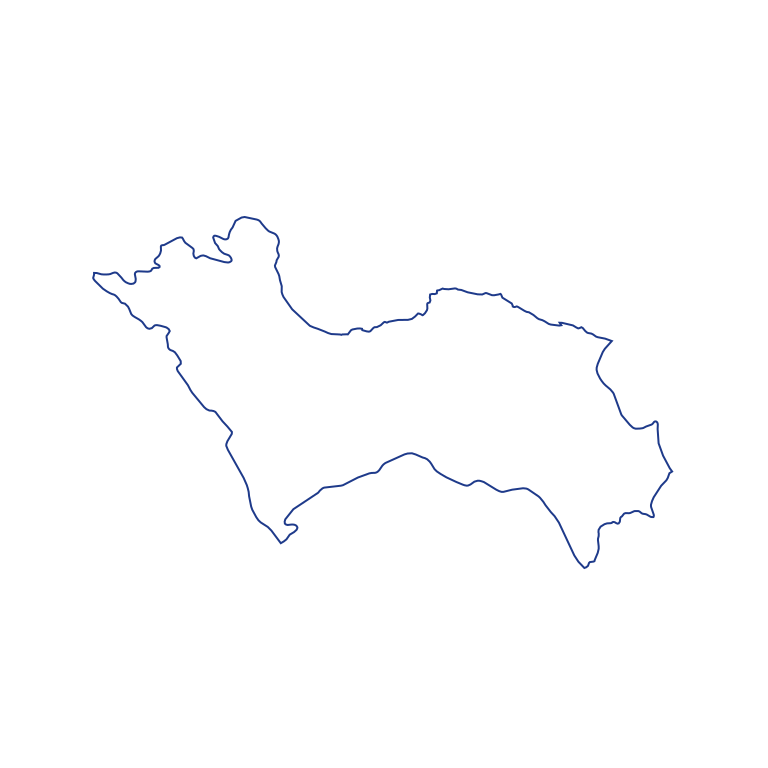 an SVG outline of Cusco, rotated 133°
{"feature_id": "PER-571", "entity_name": "Cusco", "entity_type": "Department", "adm_level": 1, "iso_a3": "PER", "parent_name": "Peru", "parent_adm1": "", "projection": "equal_earth", "projection_center": [-72.174, -13.267], "detail": "fine", "context": "isolated", "style": "outline", "palette": "blue", "viewbox_px": 768, "rotation_deg": 133, "n_neighbors": 0, "source": "natural_earth", "source_scale": "10m", "svg_char_len": 6161}
<svg xmlns="http://www.w3.org/2000/svg" viewBox="0 0 768 768"><g transform="rotate(133 384 384)"><path d="M219.4,297.3L217.9,295.6L212.3,285.8L211.5,281.9L210.9,279.9L209.7,279.1L207.9,278.4L207.5,276.8L208.0,272.9L207.9,270.5L207.5,269.5L205.7,266.7L205.2,265.0L204.7,261.2L204.0,259.6L200.0,253.2L197.2,246.7L207.6,246.5L211.4,245.8L223.5,241.4L227.0,239.6L228.7,238.1L230.7,235.0L232.6,229.8L233.3,226.9L233.8,223.8L233.9,220.8L233.6,214.8L234.1,210.6L234.5,209.3L244.5,189.6L244.8,188.4L246.2,176.5L246.2,172.6L245.9,171.2L245.0,169.4L242.1,166.5L240.3,165.0L239.4,164.4L236.3,163.3L231.1,160.6L229.9,160.4L227.5,160.6L226.6,160.3L225.9,159.6L225.7,158.1L226.2,157.0L226.9,156.1L230.4,153.1L240.1,142.7L246.1,131.0L250.7,117.6L251.5,113.6L254.6,114.4L259.2,112.4L261.9,111.8L269.4,111.9L282.9,109.5L286.9,108.1L290.2,106.4L291.2,105.5L291.9,104.6L295.6,97.6L296.4,96.7L297.6,96.2L298.6,97.3L299.3,98.4L300.3,102.9L300.9,104.1L302.3,106.1L302.8,107.3L303.0,110.1L303.5,111.4L306.2,114.2L310.3,115.9L311.3,116.6L313.8,119.4L315.2,120.0L318.5,119.7L319.7,120.0L320.9,119.8L323.9,117.6L325.9,117.3L326.9,118.0L327.4,119.4L327.7,120.9L328.3,122.0L329.2,122.7L330.3,122.7L331.2,123.3L333.8,125.8L336.1,127.1L340.6,128.3L344.2,127.6L345.3,126.8L346.2,126.0L346.9,125.0L348.8,123.3L351.3,121.9L352.3,121.0L356.2,116.4L358.1,114.6L361.8,112.5L369.1,109.8L369.9,109.3L370.8,109.5L373.9,112.0L375.1,112.0L377.8,110.8L380.1,111.1L381.9,112.0L381.4,120.6L379.6,127.9L366.1,161.5L364.3,169.1L363.9,174.5L362.5,183.2L361.5,187.1L360.8,192.3L360.8,194.3L362.6,206.1L362.9,207.4L363.5,208.7L365.4,211.2L373.9,218.2L381.3,223.0L382.7,224.4L383.8,226.7L384.7,229.7L387.6,244.1L388.6,246.3L389.6,248.1L390.8,249.5L393.8,251.3L398.4,252.2L400.8,253.2L401.9,254.1L403.1,256.0L403.9,257.8L406.3,264.2L409.7,274.7L411.2,281.3L411.9,285.8L411.8,289.0L410.1,295.1L409.6,297.6L409.6,301.1L410.3,303.5L411.4,305.6L413.9,312.7L415.6,316.3L418.7,319.3L421.5,321.0L440.8,329.1L443.1,329.5L445.0,329.5L450.3,328.7L452.5,328.8L453.8,329.2L455.0,329.9L457.5,332.4L459.4,333.8L470.2,339.3L486.0,345.0L487.7,346.1L500.6,357.1L502.2,357.8L505.6,358.2L508.4,358.0L537.4,364.9L550.3,363.9L552.4,362.8L553.7,361.3L553.6,359.7L552.8,358.3L550.2,356.1L548.9,354.8L547.9,353.3L547.4,351.5L547.9,349.6L548.9,348.9L550.4,348.5L553.7,348.8L558.5,350.2L564.1,349.4L567.4,349.9L570.8,350.9L568.0,366.4L567.8,371.5L569.3,379.7L569.3,382.9L568.5,386.6L565.8,394.6L564.2,397.6L558.1,406.1L555.2,409.4L553.1,412.6L551.5,415.4L548.4,422.6L538.6,453.3L536.8,457.2L535.5,458.3L532.7,459.5L524.3,461.3L522.8,462.5L521.9,469.6L521.4,476.7L519.4,488.3L520.0,490.2L521.2,492.1L522.5,493.6L523.5,496.7L523.6,499.8L521.2,518.3L520.4,521.5L518.6,526.6L515.2,543.7L514.2,545.7L513.1,546.7L507.8,546.4L505.9,548.3L504.1,554.7L503.4,558.6L503.8,560.9L504.9,563.5L505.0,565.1L504.7,566.4L504.2,567.3L502.4,569.2L498.2,574.8L497.2,575.7L493.3,576.3L491.4,576.8L490.7,578.9L491.0,581.5L491.5,582.7L493.9,587.3L495.7,590.1L496.7,591.1L497.7,591.7L501.5,591.9L503.7,593.3L504.5,594.9L504.7,596.7L503.5,603.0L503.6,605.0L503.9,607.3L505.0,612.0L505.4,614.6L505.2,616.6L502.9,621.5L502.0,624.0L501.9,628.2L503.5,631.1L503.6,632.3L502.7,636.3L502.4,639.3L502.5,641.3L502.9,642.7L503.6,644.0L504.5,646.5L505.3,649.9L506.0,654.6L505.7,665.5L505.4,667.6L504.8,669.0L501.8,670.6L500.5,671.8L498.7,669.7L496.5,665.5L494.9,663.5L492.0,660.5L490.3,659.2L487.5,657.9L486.0,656.9L485.2,655.7L484.9,654.5L485.3,648.6L485.8,645.5L485.8,643.8L485.6,642.1L484.8,639.7L484.1,638.2L483.2,637.1L481.4,635.7L479.3,635.4L478.3,635.8L476.5,637.2L473.6,641.1L472.7,641.7L471.5,641.8L470.0,641.3L469.0,640.4L463.0,633.4L461.4,632.1L460.0,631.6L457.7,632.1L456.1,631.5L452.8,628.2L451.6,627.9L450.8,628.5L450.7,629.8L451.7,633.5L451.3,634.7L450.7,635.6L449.6,636.2L448.5,636.5L444.8,636.1L443.6,636.1L441.2,636.7L438.5,638.1L435.7,640.9L434.8,641.3L433.8,640.9L432.6,639.8L431.5,639.3L418.6,634.9L415.9,633.2L414.6,631.5L414.9,630.2L415.8,627.7L416.2,625.6L415.2,617.1L415.2,615.6L415.8,614.5L416.6,613.7L418.6,612.4L419.3,611.5L420.0,610.5L420.4,609.2L420.5,608.0L420.1,607.0L415.4,605.5L414.1,604.6L413.1,603.7L411.9,601.3L410.6,596.9L403.7,583.9L401.5,580.9L400.2,580.0L398.3,579.5L397.3,579.9L396.6,580.9L396.1,582.1L395.8,583.5L395.7,584.9L396.1,586.2L397.7,589.7L398.1,592.4L398.0,595.4L397.8,596.7L396.5,599.6L396.1,603.7L393.4,608.8L392.3,609.3L391.3,609.2L390.5,608.4L389.9,607.3L388.8,604.9L387.6,600.7L387.1,599.5L386.3,598.5L385.4,597.8L384.0,597.4L382.9,597.7L380.4,599.3L378.2,600.4L375.6,601.2L372.8,601.5L365.9,603.8L359.4,601.7L356.9,599.8L350.5,589.2L349.9,587.8L349.6,586.6L349.6,585.4L350.1,582.8L350.8,576.9L350.9,573.5L350.7,571.9L348.8,566.9L348.5,565.5L348.6,564.0L348.9,562.6L350.1,560.0L351.1,558.4L352.2,557.4L353.7,556.5L356.0,555.6L357.7,554.7L359.5,552.8L360.3,551.3L360.9,549.8L361.6,548.7L362.8,547.8L366.7,546.9L368.2,545.9L371.7,544.6L372.7,543.4L375.5,536.1L376.5,534.2L379.0,530.9L382.2,525.5L386.5,521.6L387.8,519.4L388.9,516.8L392.0,502.1L392.0,477.9L390.6,474.0L388.8,470.1L386.0,463.0L384.9,459.7L383.4,456.6L377.9,450.1L377.0,448.6L376.2,448.3L373.0,445.1L372.4,444.3L367.2,444.8L365.7,444.3L361.7,441.4L359.8,439.5L358.6,437.7L359.4,436.6L357.3,432.5L356.0,430.7L354.7,430.0L350.4,430.0L349.0,429.7L347.2,428.0L343.3,426.5L339.0,426.2L338.0,425.7L337.1,423.7L335.1,422.9L327.6,417.4L320.7,410.2L317.4,408.0L313.5,407.3L309.3,407.2L308.8,406.7L308.2,405.5L307.7,404.1L307.5,402.8L307.0,402.5L304.3,402.3L300.8,402.9L299.3,403.7L296.2,406.8L295.5,407.2L294.8,407.1L293.3,406.2L292.0,406.7L291.2,407.1L289.5,409.5L287.1,411.3L285.3,410.2L283.6,408.2L281.7,407.2L279.5,408.9L278.8,408.5L277.9,407.7L274.2,406.2L273.5,404.8L270.7,401.4L265.7,397.3L264.9,396.1L264.5,394.3L262.5,391.6L259.9,385.4L254.5,376.6L251.5,373.2L248.3,371.8L247.6,371.0L245.4,365.6L244.0,364.0L240.4,361.3L238.7,360.3L238.7,359.4L240.1,356.3L238.0,345.5L239.0,343.1L239.5,342.7L239.2,341.7L238.5,340.8L236.7,339.8L236.2,338.4L234.7,331.2L234.0,328.9L232.7,326.9L231.6,321.8L231.3,316.7L230.9,314.9L229.3,311.7L228.6,309.3L227.7,304.5L226.8,302.6L221.8,295.7L220.1,294.4L219.4,297.3Z" fill="none" stroke="#1e3a8a" stroke-width="2"/></g></svg>